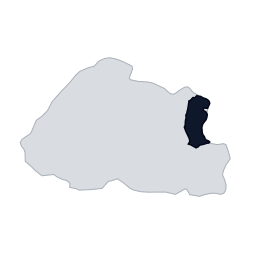 Bhutan, with Tashi Yangtse highlighted, rotated 7°
{"feature_id": "BTN-2484", "entity_name": "Tashi Yangtse", "entity_type": "District", "adm_level": 1, "iso_a3": "BTN", "parent_name": "Bhutan", "parent_adm1": "", "projection": "equal_earth", "projection_center": [91.488, 27.679], "detail": "fine", "context": "in_parent", "style": "filled", "palette": "ink", "viewbox_px": 256, "rotation_deg": 7, "n_neighbors": 0, "source": "natural_earth", "source_scale": "10m", "svg_char_len": 2260}
<svg xmlns="http://www.w3.org/2000/svg" viewBox="0 0 256 256"><g transform="rotate(7 128 128)"><path d="M204.8,106.6L204.4,108.5L202.6,113.5L201.5,119.0L202.5,123.6L206.4,128.9L211.8,133.2L218.6,133.6L224.8,131.9L227.3,132.6L230.8,139.8L233.2,146.0L229.9,152.4L228.1,158.0L227.5,162.0L227.9,163.8L229.9,167.0L232.3,172.5L232.6,177.6L231.1,181.0L227.9,182.6L224.5,182.2L221.6,182.2L218.1,182.8L212.5,184.7L207.3,187.1L197.6,186.7L193.7,181.6L191.9,181.6L183.1,188.1L173.4,187.0L155.9,189.2L148.6,189.7L141.1,188.9L137.3,187.6L130.2,183.0L123.8,179.7L117.3,182.7L115.0,183.3L109.7,191.1L98.4,193.7L87.1,195.6L83.8,194.5L77.4,194.1L77.2,192.2L77.4,190.5L75.9,189.0L73.3,187.6L68.9,187.0L63.2,185.0L60.0,183.2L48.4,185.9L41.6,181.8L34.0,176.1L30.1,173.7L28.8,164.9L27.5,162.1L24.5,159.1L22.8,155.7L24.2,152.1L31.9,145.4L32.5,143.9L36.1,131.4L41.1,126.9L45.9,120.6L49.7,110.7L56.8,100.5L64.6,90.0L69.9,81.5L73.5,77.5L80.8,73.2L86.9,70.7L91.1,65.0L96.2,61.9L101.4,60.4L109.1,61.2L116.4,63.2L124.4,66.1L125.3,68.3L124.6,72.4L123.4,76.5L123.4,78.6L124.6,79.8L132.4,80.5L142.0,79.9L147.4,80.5L159.3,84.3L162.8,86.9L166.5,89.0L170.0,88.6L174.6,84.2L179.3,80.5L182.3,79.9L184.4,81.1L188.2,84.7L196.1,88.0L203.1,90.5L205.4,92.9L204.6,103.2L204.8,106.6Z" fill="#d9dde1" stroke="#a8b0b8" stroke-width="1"/><path d="M192.5,87.4L193.1,87.6L194.1,87.8L196.3,87.8L198.9,89.0L201.4,89.4L202.8,89.9L204.1,90.6L205.2,91.5L206.1,93.4L205.8,95.1L205.1,96.8L204.6,98.8L200.5,98.9L200.6,101.5L203.1,102.3L205.0,104.7L205.0,107.7L204.5,110.2L201.5,115.1L201.1,118.4L202.5,124.5L203.1,125.7L204.9,127.4L205.4,128.8L206.4,130.2L207.8,130.7L209.4,131.0L210.8,131.8L210.6,132.4L210.2,132.9L209.8,133.2L208.1,133.5L205.9,134.6L202.2,136.0L201.5,136.0L200.0,138.0L199.8,138.3L198.2,139.0L198.0,139.4L192.2,137.0L189.8,136.6L190.8,134.3L190.9,133.6L190.8,133.2L190.1,131.0L185.7,124.0L184.5,121.6L183.8,120.2L184.4,118.5L184.1,113.4L184.4,111.3L184.4,110.7L184.0,108.8L183.9,108.2L184.0,107.6L184.3,107.0L184.6,106.0L184.7,104.6L184.7,103.7L185.0,102.2L185.2,95.3L185.1,94.3L185.2,93.8L185.4,93.4L185.7,93.3L186.0,93.3L186.3,93.2L186.6,92.9L188.6,90.0L188.9,89.8L189.2,89.8L189.9,90.0L190.2,90.0L190.5,89.8L191.4,88.8L192.5,87.4Z" fill="#0f172a" stroke="#020617" stroke-width="1.5"/></g></svg>